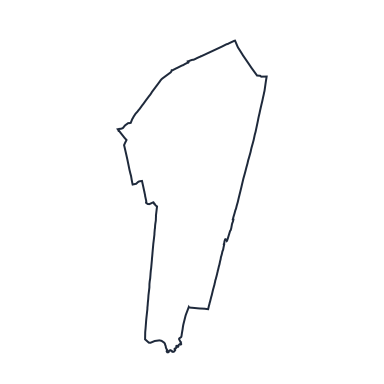 Marsa, Giurgiu, Romania (Natural Earth projection), rotated 136°
{"feature_id": "2599482B58006673270206", "entity_name": "Marsa", "entity_type": "district", "adm_level": 2, "iso_a3": "ROU", "parent_name": "Romania", "parent_adm1": "Giurgiu", "projection": "natural_earth1", "projection_center": [25.561, 44.365], "detail": "fine", "context": "isolated", "style": "outline", "palette": "slate", "viewbox_px": 384, "rotation_deg": 136, "n_neighbors": 0, "source": "geoboundaries", "source_scale": "gbopen_adm2", "svg_char_len": 5818}
<svg xmlns="http://www.w3.org/2000/svg" viewBox="0 0 384 384"><g transform="rotate(136 192 192)"><path d="M201.8,288.7L201.9,287.9L202.2,287.3L202.4,286.8L202.3,286.6L202.0,286.5L202.3,284.0L202.9,277.8L203.0,274.9L206.1,273.8L208.3,272.9L209.3,271.2L213.4,264.4L215.9,260.3L221.5,251.5L223.5,248.1L224.7,245.9L226.2,243.7L226.9,242.7L229.1,239.3L229.5,238.6L226.4,236.7L225.8,236.7L224.2,236.7L222.8,236.4L221.4,235.5L220.3,234.7L223.3,229.8L225.8,225.8L226.3,225.0L226.3,224.9L226.5,224.7L226.8,224.2L227.3,223.4L227.9,222.4L228.7,221.4L228.9,221.0L229.4,220.2L229.9,219.4L230.2,218.9L230.8,217.9L231.5,216.9L232.2,216.5L232.4,216.3L232.5,216.2L232.5,215.8L232.3,215.3L232.3,215.1L232.3,214.4L232.0,213.9L231.6,213.5L231.2,213.1L231.1,212.9L228.8,212.1L227.1,211.5L226.9,211.4L226.9,211.0L227.0,210.8L227.3,210.4L227.4,210.0L227.2,209.9L227.1,209.6L227.5,207.9L227.3,206.4L227.2,205.9L227.8,205.4L229.4,204.1L231.6,202.3L234.3,200.1L234.9,199.4L236.0,198.4L237.2,197.2L238.1,196.4L239.7,195.2L240.1,194.9L241.6,193.7L243.9,191.6L244.5,191.2L247.7,188.4L248.6,187.5L251.4,185.2L254.1,183.0L255.6,181.8L258.6,179.2L260.7,177.4L265.4,173.3L267.3,171.7L267.8,171.2L274.4,165.5L276.2,164.1L278.4,162.2L279.5,161.2L282.1,158.9L284.5,157.1L286.5,155.4L289.0,152.9L295.0,148.0L297.1,146.1L298.1,145.2L300.5,143.2L302.5,141.4L304.4,139.8L305.4,138.8L311.9,133.4L313.9,131.7L320.2,126.1L323.0,123.7L328.1,118.6L327.7,113.6L326.6,112.4L322.3,110.7L318.5,107.9L317.3,106.1L316.7,103.1L316.8,101.9L317.6,100.4L317.8,99.8L318.1,99.2L318.6,98.6L318.9,98.1L319.1,97.6L319.2,97.2L319.4,96.7L319.5,96.2L319.6,95.8L319.8,95.5L320.0,95.4L320.8,95.1L321.0,94.8L321.1,94.4L321.1,94.0L321.1,93.8L320.4,93.2L320.0,93.1L319.8,93.2L319.0,93.6L318.7,93.7L318.3,93.6L317.9,93.4L317.6,93.3L317.3,93.1L317.2,92.8L317.2,92.5L317.3,92.4L317.0,92.0L316.9,91.8L317.0,91.4L317.2,91.0L317.1,90.7L316.9,90.4L316.6,90.1L316.1,89.8L315.7,89.7L315.3,89.7L314.9,89.8L314.5,89.9L314.0,89.9L313.8,90.0L313.8,90.5L313.8,90.9L313.6,91.2L313.4,91.3L313.1,91.2L312.4,91.1L312.0,90.9L311.6,90.8L311.4,90.9L310.6,91.5L310.5,91.9L310.4,92.0L310.2,92.1L309.9,92.0L309.8,91.8L309.8,91.6L309.9,91.4L310.0,91.2L310.0,90.8L309.9,90.6L309.5,90.3L309.1,90.4L308.8,90.6L308.6,90.9L308.5,91.1L307.9,91.2L307.5,91.2L307.1,91.1L306.3,91.0L306.3,90.9L306.3,90.7L306.3,90.3L306.0,90.1L305.7,90.0L305.4,90.1L305.3,90.3L305.4,90.7L305.4,91.0L305.2,91.2L304.3,91.6L304.4,92.3L304.3,92.5L303.6,94.9L303.5,95.1L303.3,95.3L303.0,95.5L302.8,95.5L302.0,95.4L300.8,95.2L300.5,95.2L300.3,95.3L300.1,95.4L299.6,95.7L297.4,97.4L296.3,98.2L294.1,99.8L292.2,101.3L290.4,102.6L289.3,103.3L283.2,107.1L282.2,107.7L281.4,108.1L274.2,111.5L274.3,111.1L273.8,110.4L273.2,109.6L272.2,108.5L267.6,103.1L264.2,99.5L261.8,96.5L258.4,98.7L257.3,99.3L256.3,100.0L255.5,100.4L253.4,101.7L252.6,102.2L250.5,103.5L249.9,103.8L244.6,107.2L242.7,108.3L241.4,109.1L240.3,109.7L239.5,110.3L238.5,110.9L238.2,111.1L236.5,112.3L235.1,113.0L234.2,113.6L232.5,114.6L231.9,115.0L231.7,115.1L230.9,115.6L229.9,116.3L229.2,116.7L228.7,117.0L228.1,117.5L227.2,117.9L226.9,118.2L225.9,118.8L224.7,119.6L223.7,120.2L222.6,120.8L222.1,121.2L221.1,121.8L220.8,122.1L219.7,122.8L218.2,123.7L216.6,124.9L216.0,125.3L215.0,125.8L214.7,126.0L213.5,126.7L211.3,128.2L210.7,128.4L210.6,128.5L209.8,128.8L207.4,130.5L205.6,131.7L205.7,131.8L205.6,132.2L205.5,132.3L205.1,132.5L204.8,132.5L203.7,133.3L203.2,133.6L203.0,133.9L202.6,134.1L201.1,134.9L200.8,134.9L200.7,134.8L200.6,134.4L200.5,134.1L200.6,133.7L200.6,133.4L200.7,133.0L200.9,132.6L200.7,132.6L198.5,133.7L191.7,137.5L190.6,137.7L188.9,138.7L186.4,140.5L185.6,141.1L184.1,141.9L183.1,142.3L181.4,143.4L181.7,143.9L181.5,144.0L179.6,145.2L178.0,146.1L176.4,147.0L173.9,148.5L173.2,148.9L172.7,149.1L172.0,149.4L169.3,151.1L166.0,153.0L163.1,154.9L153.4,161.0L151.1,162.5L145.8,165.9L141.7,168.3L139.2,169.8L135.8,171.9L132.4,173.9L129.5,175.8L128.6,176.3L127.7,176.8L124.6,178.6L122.4,179.9L121.6,180.4L120.3,181.3L118.6,182.4L114.0,185.1L111.5,186.6L106.9,189.7L104.5,191.1L95.2,197.4L92.8,199.1L91.3,200.1L88.8,201.7L86.6,203.2L81.7,206.4L79.2,208.0L78.4,208.5L75.0,210.8L73.6,211.7L72.7,212.3L71.8,212.9L71.6,213.1L69.7,214.3L68.4,215.3L62.1,220.2L58.1,223.2L62.1,226.9L62.2,228.2L64.3,230.6L63.0,239.9L62.1,245.0L60.6,253.9L60.5,254.4L60.5,254.9L60.3,255.4L59.5,259.2L58.8,262.6L58.6,263.7L58.2,265.0L57.0,268.1L55.9,271.0L56.6,271.4L62.2,273.3L63.1,273.5L63.4,273.7L63.8,273.9L64.1,274.0L64.3,274.2L64.5,274.3L69.4,275.8L79.6,279.3L81.3,279.9L90.6,283.1L91.0,283.2L91.3,283.5L92.3,283.7L93.2,284.1L95.8,285.0L96.5,285.2L97.3,285.4L97.7,285.6L98.9,286.0L99.1,286.2L100.2,287.0L101.9,287.8L103.0,288.2L103.5,288.4L104.1,288.8L104.3,288.9L104.4,288.6L104.6,288.2L104.7,287.8L104.7,287.7L104.8,287.7L105.0,287.7L105.1,287.8L105.3,288.0L105.5,288.1L108.0,288.9L109.7,289.3L110.3,289.5L110.5,289.5L111.2,289.9L112.4,290.3L116.3,291.5L118.0,292.1L118.5,292.2L120.0,292.7L120.8,292.9L121.5,293.1L121.8,293.3L122.0,293.4L122.1,293.6L122.4,293.4L122.7,293.3L123.5,293.0L124.0,292.9L124.5,292.9L125.2,293.0L134.2,294.2L135.5,294.3L136.5,294.2L137.4,294.1L138.2,293.9L151.2,291.8L152.0,291.6L152.3,291.5L153.1,291.3L154.5,291.0L156.3,290.8L159.3,290.3L160.7,290.1L166.2,289.1L167.2,289.0L172.2,288.1L173.6,288.0L175.4,287.7L177.2,287.6L178.4,287.5L179.2,287.3L181.5,286.8L183.0,286.3L184.2,286.0L185.4,285.5L186.9,284.8L187.5,284.6L187.8,284.4L188.0,284.3L188.4,284.5L189.0,284.9L189.3,285.1L189.5,285.4L189.8,285.6L190.0,285.8L190.5,286.0L191.1,286.0L191.4,286.1L191.5,286.1L191.8,286.1L192.3,286.2L193.7,286.4L195.1,286.3L195.7,286.2L196.3,286.1L196.6,286.1L197.0,286.0L197.3,286.1L197.5,286.1L197.8,286.2L198.1,286.3L198.9,286.7L199.3,286.9L200.2,287.7L200.6,288.0L200.8,288.0L201.0,288.0L201.3,288.4L201.8,288.7Z" fill="none" stroke="#1e293b" stroke-width="2"/></g></svg>